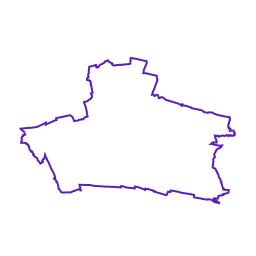 outline of Parincea, Bacau, Romania, rotated 185°
{"feature_id": "2599482B11069906328912", "entity_name": "Parincea", "entity_type": "district", "adm_level": 2, "iso_a3": "ROU", "parent_name": "Romania", "parent_adm1": "Bacau", "projection": "equal_earth", "projection_center": [27.112, 46.465], "detail": "fine", "context": "isolated", "style": "outline", "palette": "violet", "viewbox_px": 256, "rotation_deg": 185, "n_neighbors": 0, "source": "geoboundaries", "source_scale": "gbopen_adm2", "svg_char_len": 5719}
<svg xmlns="http://www.w3.org/2000/svg" viewBox="0 0 256 256"><g transform="rotate(185 128 128)"><path d="M165.6,188.1L166.5,187.6L169.6,186.4L172.0,185.6L171.9,183.0L172.0,182.3L172.1,181.3L171.8,179.7L172.3,178.0L172.1,176.3L171.7,175.5L172.3,175.0L172.2,174.8L172.9,174.3L173.1,173.8L173.2,172.9L171.7,172.2L171.8,172.1L170.9,172.1L170.3,171.9L170.5,171.6L169.8,171.3L169.5,170.9L169.3,170.8L169.0,169.9L168.9,169.2L168.7,168.5L168.9,168.4L169.0,168.0L169.0,167.8L168.7,167.5L168.6,167.1L168.4,167.0L168.1,166.6L167.7,164.6L167.3,163.8L166.9,162.3L166.9,161.6L166.3,160.3L167.0,158.9L167.7,159.0L167.4,158.4L167.3,157.7L167.0,157.6L166.5,156.3L166.7,155.4L167.3,154.7L167.4,154.1L168.0,153.6L169.8,152.4L170.9,151.0L174.0,150.2L174.0,149.5L173.4,148.4L172.5,146.1L171.7,144.8L171.3,143.0L170.5,140.9L170.2,138.6L169.2,135.9L171.9,135.0L172.3,134.0L172.6,133.6L173.5,133.1L173.6,132.7L174.3,132.6L174.9,132.8L175.9,132.2L177.7,131.8L178.0,131.4L178.5,131.1L180.1,130.7L182.5,130.4L182.9,131.6L184.0,133.7L184.4,134.2L186.8,135.7L194.6,133.3L195.2,133.0L196.9,132.7L200.5,131.4L199.9,129.7L201.7,129.0L205.9,126.7L210.2,124.2L210.3,126.2L213.7,124.0L218.7,121.1L223.2,120.1L224.1,119.8L226.8,119.5L234.9,118.0L233.8,116.8L231.8,115.6L231.1,115.0L230.8,114.6L230.2,112.6L229.9,112.4L230.1,112.2L231.2,111.8L231.7,111.4L231.8,111.5L232.1,111.5L232.0,110.5L232.6,110.1L232.5,109.8L233.2,109.0L233.2,108.5L232.9,107.8L232.5,106.7L233.1,105.5L233.1,103.9L230.5,104.2L228.5,104.2L228.0,103.3L227.0,103.3L226.7,103.2L226.4,102.3L225.8,102.2L224.9,100.9L224.9,100.0L224.7,99.4L223.4,97.0L222.3,95.8L221.9,95.7L221.6,96.3L221.2,95.8L220.8,95.0L220.2,94.4L219.9,93.9L220.2,93.9L220.1,92.9L218.1,91.2L216.9,90.6L215.8,89.9L215.0,87.8L213.9,87.0L212.6,85.4L212.3,84.9L212.0,84.9L210.7,86.3L210.3,86.2L210.0,86.3L209.8,86.7L209.9,86.9L209.8,87.0L210.6,88.2L210.2,88.6L210.2,89.2L208.9,89.9L208.8,90.3L208.7,90.3L208.3,94.0L207.1,91.5L206.2,90.3L206.0,89.6L205.5,88.6L204.5,87.5L200.9,80.8L198.5,77.2L197.5,75.4L196.4,73.0L196.5,72.6L196.8,72.3L196.9,71.6L197.3,71.1L196.8,70.8L196.2,71.0L196.2,70.5L195.8,70.0L195.5,70.0L194.6,68.1L194.2,68.2L193.8,67.5L192.6,65.0L192.2,63.4L192.0,61.4L191.8,61.3L191.5,61.5L190.1,59.7L189.8,59.6L189.1,58.3L187.7,58.0L185.7,58.2L181.2,58.8L179.8,58.7L177.2,60.2L176.2,60.6L175.9,60.6L175.9,60.9L173.1,62.0L172.4,62.5L171.5,62.6L171.0,62.4L170.3,61.8L169.6,61.6L169.4,61.8L170.1,63.1L170.6,65.0L171.0,65.5L171.4,67.2L160.1,67.9L158.8,67.6L157.5,67.4L143.9,67.7L142.6,67.9L139.1,67.9L137.6,68.1L134.2,68.1L133.1,68.0L131.4,68.3L129.9,68.3L130.1,69.3L129.7,69.3L129.4,69.5L128.2,69.6L127.2,69.2L124.8,68.7L122.1,68.5L116.1,68.4L116.4,69.5L115.9,70.4L111.1,69.6L105.6,67.8L105.6,69.0L102.6,68.9L96.4,67.6L96.7,67.0L83.8,64.4L82.5,68.1L80.2,67.8L80.2,68.3L79.9,69.5L73.1,68.9L69.5,68.2L59.7,67.5L56.4,67.1L56.4,66.5L56.2,64.7L44.5,63.6L42.6,63.6L41.4,63.8L41.5,64.0L39.6,64.0L38.8,63.8L36.1,62.1L33.3,61.4L31.9,61.5L30.9,61.0L29.9,60.9L33.9,63.5L36.0,64.1L36.6,65.1L36.2,65.4L35.0,65.3L34.3,65.5L32.3,65.5L32.1,65.9L32.1,68.0L31.6,68.5L29.3,68.7L29.1,68.8L28.8,69.2L27.3,69.6L27.6,70.3L26.2,70.6L25.7,71.0L23.1,71.9L22.8,72.1L22.6,72.5L22.1,72.9L22.4,74.7L22.3,74.9L27.6,74.9L27.8,75.5L27.3,75.6L27.3,75.9L28.1,76.1L29.6,79.8L29.8,80.6L30.6,82.0L30.6,82.3L30.3,82.4L30.3,82.7L31.0,83.3L31.3,84.1L31.5,84.9L33.3,87.1L33.5,88.4L34.0,89.4L34.6,90.6L34.9,90.6L35.1,90.9L35.6,92.2L36.3,93.0L36.6,93.8L37.2,94.4L37.5,95.1L40.2,96.0L40.2,100.2L40.0,101.9L40.3,104.0L40.3,104.5L39.9,105.2L39.3,106.6L38.9,106.7L39.7,108.9L39.7,110.0L39.1,110.8L38.8,111.5L38.5,112.3L38.5,112.6L38.5,112.8L37.8,114.2L36.9,114.6L36.7,115.0L36.1,115.5L35.5,115.6L35.1,116.0L34.6,116.3L33.3,117.3L33.2,117.6L33.3,118.1L32.9,118.8L35.9,118.3L39.2,118.9L40.5,118.8L41.7,119.3L44.0,119.3L43.1,120.1L42.7,120.9L39.5,121.4L38.4,121.3L38.3,121.6L38.3,122.1L39.3,124.3L40.1,125.7L40.8,128.0L39.5,127.7L38.8,127.7L38.4,127.8L37.8,128.3L37.5,128.1L37.0,127.3L36.7,127.2L35.9,127.9L35.6,128.0L34.9,128.1L33.0,128.7L32.2,128.8L31.7,128.6L30.3,128.5L29.6,129.1L29.3,129.5L28.8,129.6L27.5,128.8L27.3,129.3L27.1,129.4L26.0,129.2L25.8,129.9L24.7,129.7L23.9,129.1L23.7,129.1L21.3,130.0L21.9,130.9L21.3,131.0L21.3,131.5L21.1,131.8L21.1,132.1L21.3,132.7L21.7,132.9L22.0,133.4L22.1,133.8L22.7,134.7L26.2,134.0L25.8,135.6L25.8,136.0L26.6,136.3L27.0,137.0L27.5,136.7L27.5,137.1L28.0,137.4L28.3,138.0L28.3,140.3L27.9,140.7L27.9,142.1L27.7,142.5L27.8,143.0L27.2,144.4L27.4,145.2L27.1,146.1L28.0,147.8L28.3,147.6L29.4,147.6L39.9,148.8L41.1,149.2L43.0,149.6L45.5,150.8L46.2,150.6L48.2,150.8L50.0,150.1L51.5,150.3L53.3,150.3L54.3,150.9L54.4,151.3L56.8,152.2L66.5,153.3L66.6,153.9L71.7,155.0L75.2,155.4L75.3,155.8L75.8,156.5L76.3,156.2L76.2,154.9L77.0,154.9L77.1,155.3L78.0,156.0L80.4,156.8L92.5,159.3L96.4,161.7L97.6,161.6L99.1,160.5L99.6,160.4L100.1,160.8L100.7,162.8L101.1,163.3L101.9,163.7L102.6,163.5L104.0,162.3L104.3,162.2L104.5,162.2L105.0,162.6L105.3,163.2L105.8,163.7L106.0,163.7L106.9,163.3L106.3,166.8L105.6,167.9L104.0,174.2L103.0,177.0L103.2,177.3L102.9,178.9L103.6,180.2L103.9,182.5L114.9,184.1L117.5,184.0L117.4,185.6L117.1,187.9L115.6,192.3L115.0,194.3L115.0,194.7L115.4,196.3L118.2,196.5L125.3,197.5L131.4,198.0L131.4,192.1L131.6,192.0L135.5,191.2L137.6,191.0L138.6,190.6L139.7,190.5L139.9,190.3L142.2,190.2L146.1,189.3L146.7,189.1L148.2,189.1L149.3,189.8L149.1,190.9L150.5,191.3L152.5,192.2L153.2,192.4L153.9,193.7L155.0,192.9L155.8,192.6L156.3,192.2L156.8,192.2L157.0,192.1L157.5,190.9L157.8,190.6L159.3,189.5L161.1,188.8L161.7,188.0L162.2,186.8L163.4,185.6L164.3,185.5L164.5,185.6L164.6,186.2L165.2,186.2L165.4,186.4L165.4,186.8L165.1,187.1L165.0,187.4L165.0,187.9L165.6,188.1Z" fill="none" stroke="#5b21b6" stroke-width="2"/></g></svg>